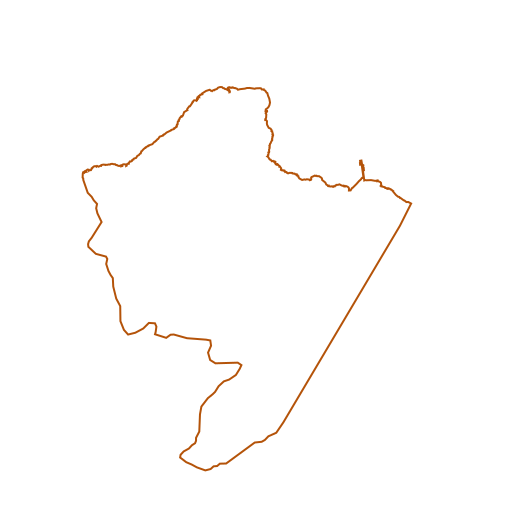 Ngetbong, Ngardmau, Palau (Robinson projection), rotated 62°
{"feature_id": "81905179B3509636164924", "entity_name": "Ngetbong", "entity_type": "district", "adm_level": 2, "iso_a3": "PLW", "parent_name": "Palau", "parent_adm1": "Ngardmau", "projection": "robinson", "projection_center": [134.551, 7.586], "detail": "fine", "context": "isolated", "style": "outline", "palette": "amber", "viewbox_px": 512, "rotation_deg": 62, "n_neighbors": 0, "source": "geoboundaries", "source_scale": "gbopen_adm2", "svg_char_len": 6072}
<svg xmlns="http://www.w3.org/2000/svg" viewBox="0 0 512 512"><g transform="rotate(62 256 256)"><path d="M282.5,94.4L279.8,96.2L279.0,97.9L276.6,98.9L276.3,99.4L272.5,101.2L272.4,101.6L271.1,101.8L270.4,102.7L267.8,103.8L262.9,104.8L262.8,104.5L260.5,105.6L260.4,106.0L259.8,106.1L258.4,107.2L258.3,108.0L258.6,108.2L258.3,108.6L257.7,108.4L256.6,110.0L255.8,109.9L253.4,112.6L253.1,112.3L252.5,112.9L251.9,112.0L250.0,111.3L249.0,111.6L247.1,113.2L246.4,113.0L246.2,113.4L246.6,114.1L246.1,114.2L245.6,115.5L243.0,118.8L240.9,123.1L240.1,124.1L240.1,124.9L230.9,121.5L231.0,120.5L228.4,119.4L227.6,119.7L226.3,118.6L224.8,119.3L221.2,118.1L220.8,119.4L222.6,120.1L222.6,120.5L224.3,121.2L224.7,119.7L237.8,124.5L236.8,125.5L237.0,126.4L237.6,127.3L238.2,129.8L239.6,133.5L241.2,138.8L241.1,139.4L242.5,141.7L241.8,143.2L240.3,142.3L239.1,142.1L238.0,142.5L236.7,143.5L236.3,144.2L236.4,144.6L235.9,144.7L235.9,145.5L235.0,145.6L234.9,146.3L233.8,147.4L231.9,148.7L231.7,150.1L230.9,151.7L231.3,152.6L231.1,153.1L231.5,153.7L230.8,154.8L231.2,155.2L230.8,155.9L230.1,156.3L229.6,157.6L228.3,159.3L227.9,158.9L227.6,159.4L225.8,160.4L223.7,160.3L219.9,161.9L218.5,161.4L217.7,161.5L215.2,162.8L214.1,164.7L213.5,164.9L213.2,165.9L212.6,166.3L212.5,168.4L212.4,170.0L212.9,170.7L214.1,171.1L214.6,171.9L214.3,173.0L213.6,173.0L212.1,175.1L211.9,176.4L211.1,177.3L210.5,179.6L207.9,181.3L206.4,181.5L205.5,181.1L204.4,181.9L204.2,181.6L203.8,182.0L203.3,181.7L203.1,182.2L202.7,182.1L202.2,183.0L201.4,183.2L200.7,184.5L200.1,185.1L199.7,185.0L199.2,185.7L198.2,187.6L198.1,188.9L197.2,189.6L196.3,189.6L195.3,190.6L195.4,190.9L194.5,191.1L194.1,190.8L193.8,191.2L193.6,191.1L192.7,192.3L192.9,192.4L192.7,192.8L191.6,193.6L190.4,192.6L188.7,192.8L188.3,193.3L188.0,192.9L187.4,193.0L186.8,193.5L185.9,193.6L185.5,194.4L184.8,194.1L184.5,195.0L185.0,195.9L184.1,195.3L183.0,195.5L183.0,195.1L181.8,195.0L181.7,194.8L181.1,195.2L181.0,196.0L180.0,196.3L179.8,197.5L177.7,197.9L177.5,198.4L176.6,198.7L174.6,198.7L173.5,199.2L173.5,198.7L172.5,198.1L172.6,197.7L171.3,196.7L170.4,196.5L170.5,195.7L170.2,195.4L168.4,194.7L166.9,193.1L166.2,193.1L165.8,192.5L164.7,192.3L164.6,191.7L163.5,190.9L163.3,190.2L162.1,188.8L161.4,187.4L160.9,187.4L160.5,186.8L159.7,186.6L159.3,185.9L158.4,185.6L157.9,184.6L157.3,184.1L156.8,184.2L156.7,184.5L156.2,184.4L156.0,183.8L154.3,183.4L153.2,183.7L153.1,183.3L152.6,183.5L151.9,183.1L150.3,183.4L148.8,184.6L145.4,184.6L144.1,184.2L142.1,183.0L140.6,183.3L140.3,184.0L139.5,183.6L139.5,183.1L138.7,182.2L135.8,180.4L134.6,180.5L133.8,179.1L133.7,178.4L133.2,178.2L132.6,179.6L131.1,178.5L130.9,176.7L130.2,174.8L129.1,173.3L127.1,171.6L123.3,170.4L120.0,170.1L117.4,169.5L116.7,170.0L114.4,170.2L112.9,171.2L112.5,171.0L111.7,172.7L110.3,172.9L109.7,173.7L107.9,177.4L107.8,178.5L104.6,182.8L103.4,185.2L103.0,187.2L101.2,191.8L100.7,193.9L99.5,194.2L97.8,195.7L97.6,196.3L96.6,197.1L96.1,198.4L95.9,198.2L95.6,199.2L94.5,200.2L94.2,201.2L94.5,201.5L94.4,201.9L95.4,202.3L95.9,202.2L96.0,201.7L97.7,201.7L98.7,201.9L99.1,202.3L99.0,202.6L98.6,202.3L97.1,202.6L94.5,204.1L94.1,204.9L92.9,205.4L92.4,206.2L91.0,206.7L90.3,207.7L89.8,209.0L89.6,210.6L90.2,212.2L89.8,214.1L90.1,214.8L89.7,215.1L89.6,216.2L89.8,217.3L89.4,217.4L89.0,218.2L87.5,218.8L86.8,222.6L87.2,227.4L88.0,227.5L87.5,229.5L87.9,229.8L87.9,231.3L88.7,231.5L88.2,231.9L88.4,233.1L89.0,233.0L88.9,233.4L89.9,233.6L89.6,234.4L90.9,235.0L91.0,235.7L90.5,235.8L89.5,237.5L89.6,238.1L90.2,239.5L90.5,239.6L90.5,240.2L90.9,240.4L92.8,244.0L92.5,244.6L93.8,247.5L94.6,248.3L95.0,248.2L95.2,251.9L97.7,254.6L97.9,255.6L97.6,256.0L98.1,256.4L97.7,256.8L98.5,258.7L99.1,259.1L99.2,259.6L99.8,260.1L99.8,260.5L100.6,260.8L100.5,261.6L100.8,262.1L102.8,263.3L102.8,264.0L103.3,264.1L103.5,264.8L104.4,265.1L104.4,265.7L104.8,265.8L104.8,268.0L105.1,267.9L105.4,268.9L104.9,271.6L105.2,271.9L105.0,277.0L105.7,280.0L105.4,280.3L105.6,281.4L106.0,281.6L105.4,285.1L106.7,287.4L106.6,288.2L107.4,290.0L107.2,290.5L107.7,291.4L107.6,292.4L108.6,295.0L108.0,298.8L108.3,299.1L108.1,299.4L108.3,299.8L108.1,300.0L108.4,301.9L108.2,302.3L108.6,302.8L108.4,303.0L109.0,305.5L110.0,308.1L109.9,308.3L111.3,309.6L111.2,310.4L111.9,312.1L111.9,313.8L113.1,315.8L112.7,318.0L112.8,318.6L113.3,318.9L113.2,320.4L113.7,320.7L113.9,321.2L113.8,322.4L113.3,322.8L113.9,324.3L114.7,324.9L114.4,325.2L114.6,325.7L114.2,326.2L114.5,327.2L115.5,327.7L115.5,328.3L114.5,327.7L114.1,327.9L113.1,329.4L112.7,330.3L113.1,331.4L113.8,331.8L113.6,332.6L113.0,332.0L112.6,332.2L112.3,334.6L110.9,336.0L110.3,336.1L109.7,337.1L108.7,337.4L108.3,338.4L107.1,339.7L106.6,341.0L106.7,342.1L106.1,342.8L105.6,344.7L104.8,346.0L104.9,346.3L103.9,347.3L103.3,348.9L103.1,349.9L103.7,350.4L103.3,351.0L103.2,353.1L101.9,354.0L102.2,355.0L101.5,355.2L100.8,356.8L101.1,358.6L101.7,359.4L101.4,359.9L102.7,361.4L102.3,362.3L102.2,363.5L101.3,363.2L100.6,364.1L100.9,366.6L101.4,367.0L102.0,366.6L101.7,367.9L101.4,367.4L100.8,367.5L101.0,368.8L101.6,369.0L101.1,369.5L102.0,370.3L105.4,372.3L106.3,372.1L107.8,372.8L121.2,374.9L126.6,373.3L130.7,373.1L135.4,371.9L138.8,374.7L143.9,376.0L153.5,376.4L162.8,392.6L164.6,396.7L166.7,398.7L169.2,399.7L178.9,396.4L186.1,388.7L188.8,388.7L192.7,392.0L199.9,393.3L204.4,393.3L208.3,392.8L216.0,396.4L228.0,399.4L236.5,399.4L249.9,406.3L259.2,407.3L265.3,405.8L267.1,398.6L267.1,389.6L264.8,382.0L268.0,376.8L271.6,377.1L275.9,380.2L277.7,381.9L286.1,373.7L285.4,368.4L286.7,365.5L296.2,355.5L306.4,339.4L309.1,336.0L314.1,337.8L318.8,343.7L326.3,345.3L331.7,342.2L341.6,322.2L345.5,320.1L348.0,323.4L351.6,329.6L352.5,337.8L351.6,343.2L353.4,350.1L356.8,356.0L357.7,359.1L358.9,365.2L363.3,374.9L369.5,379.8L384.4,388.5L388.4,394.3L391.0,395.7L392.7,397.7L393.0,401.4L394.5,405.6L394.6,411.6L396.1,415.9L398.3,417.6L405.3,414.4L409.9,410.7L414.9,407.4L421.5,401.4L422.8,396.1L421.8,392.2L423.2,388.9L422.4,385.4L425.2,379.8L420.1,344.7L422.7,338.2L422.6,334.5L421.0,329.7L421.6,321.1L415.7,309.9L296.8,114.6L282.5,94.4Z" fill="none" stroke="#b45309" stroke-width="2"/></g></svg>